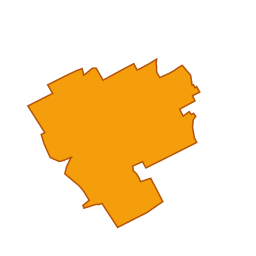 outline of Tahdziú, Yucatán, Mexico, rotated 326°
{"feature_id": "50627088B40660272766976", "entity_name": "Tahdziú", "entity_type": "district", "adm_level": 2, "iso_a3": "MEX", "parent_name": "Mexico", "parent_adm1": "Yucatán", "projection": "natural_earth1", "projection_center": [-88.888, 20.245], "detail": "fine", "context": "isolated", "style": "filled", "palette": "amber", "viewbox_px": 256, "rotation_deg": 326, "n_neighbors": 0, "source": "geoboundaries", "source_scale": "gbopen_adm2", "svg_char_len": 1549}
<svg xmlns="http://www.w3.org/2000/svg" viewBox="0 0 256 256"><g transform="rotate(326 128 128)"><path d="M205.4,106.1L202.1,106.1L198.2,106.2L191.9,105.6L182.6,104.0L182.8,98.9L183.7,96.6L184.7,95.0L185.1,94.3L185.8,93.6L186.2,92.7L186.7,91.5L187.2,90.5L190.3,86.9L180.8,86.5L172.2,85.6L167.9,85.0L168.8,77.9L157.2,76.6L134.0,74.4L135.1,60.6L132.0,58.6L130.0,58.7L127.2,59.0L124.8,59.2L124.0,59.3L122.5,59.4L120.8,59.4L123.2,53.1L119.7,52.3L118.4,51.9L114.9,51.3L112.6,50.9L110.9,50.7L109.1,50.4L104.1,49.7L85.5,47.3L85.0,55.3L84.9,57.2L79.4,56.5L57.3,53.7L56.4,85.3L52.4,84.8L49.6,94.1L47.0,108.9L52.3,117.3L56.7,118.9L65.7,120.8L63.7,120.9L55.9,125.4L50.0,130.6L55.1,148.4L55.9,155.0L55.4,166.2L47.3,167.0L46.6,169.8L52.7,171.7L57.0,172.9L59.4,173.7L60.9,175.2L64.3,176.0L64.1,183.1L64.1,183.8L64.0,192.9L63.9,196.6L63.9,197.5L63.8,204.6L83.8,207.1L88.5,207.7L91.6,208.1L96.5,208.7L102.3,208.6L103.1,208.6L105.2,208.6L108.8,208.5L111.5,208.5L115.7,208.5L117.5,193.3L118.3,185.6L118.7,182.3L108.5,179.6L109.3,174.4L109.5,171.1L108.5,166.5L110.0,163.4L110.5,162.2L116.2,163.2L121.2,164.0L120.9,167.2L120.5,171.1L130.3,172.4L136.3,173.2L140.2,173.7L176.9,178.4L177.5,173.4L179.5,168.8L181.8,163.6L186.7,157.7L188.2,157.1L190.7,156.2L190.6,154.1L190.6,152.5L188.1,152.3L187.9,148.7L180.4,149.0L181.0,143.6L181.3,141.3L187.9,141.9L189.0,142.0L198.7,143.0L199.5,137.3L207.5,138.4L208.1,132.0L206.0,132.0L206.5,128.9L205.1,128.3L207.8,122.7L208.5,121.3L209.4,119.2L208.0,106.4L205.4,106.1Z" fill="#f59e0b" stroke="#b45309" stroke-width="1.5"/></g></svg>